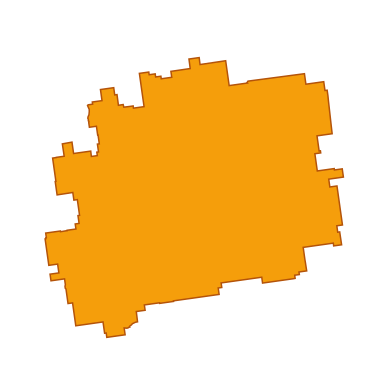 Upper Gascoyne, Western Australia, Australia, rotated 352°
{"feature_id": "25037944B28786779473224", "entity_name": "Upper Gascoyne", "entity_type": "district", "adm_level": 2, "iso_a3": "AUS", "parent_name": "Australia", "parent_adm1": "Western Australia", "projection": "mercator", "projection_center": [116.107, -24.719], "detail": "fine", "context": "isolated", "style": "filled", "palette": "amber", "viewbox_px": 384, "rotation_deg": 352, "n_neighbors": 0, "source": "geoboundaries", "source_scale": "gbopen_adm2", "svg_char_len": 3898}
<svg xmlns="http://www.w3.org/2000/svg" viewBox="0 0 384 384"><g transform="rotate(352 192 192)"><path d="M119.2,77.8L115.6,77.8L115.6,89.0L109.1,89.0L105.8,89.0L105.8,91.2L103.9,91.2L101.4,91.2L100.6,91.7L100.7,92.3L100.9,92.9L101.3,94.5L101.5,95.1L101.7,95.9L101.7,96.4L101.5,97.3L101.5,97.6L101.5,97.8L101.4,98.2L101.4,98.3L101.3,98.8L101.2,99.1L101.1,99.4L101.1,99.6L100.8,100.8L100.5,101.6L100.3,101.8L100.0,102.3L99.8,102.7L99.4,103.3L99.4,103.6L99.3,103.8L99.1,104.5L99.2,104.9L99.4,105.3L99.4,105.7L99.4,105.8L99.4,106.0L99.3,106.4L99.3,107.0L99.3,107.3L99.7,107.6L99.6,108.3L99.4,108.9L99.4,113.6L106.5,113.6L106.5,114.4L106.5,122.5L106.9,122.5L106.9,131.4L105.0,131.4L105.0,139.3L103.3,139.3L103.3,142.8L102.3,142.8L98.9,142.8L97.3,142.8L97.4,137.4L80.1,137.4L80.1,125.9L70.3,126.3L70.4,138.8L62.5,138.8L62.5,139.0L58.7,139.0L58.7,162.6L58.0,162.6L58.0,176.1L73.6,175.9L73.9,175.9L73.9,183.6L77.4,183.6L77.4,199.5L75.8,199.5L75.8,207.4L71.9,207.4L71.9,212.5L63.0,212.5L63.0,212.9L60.9,212.9L58.5,213.0L56.2,213.0L56.2,212.3L54.8,212.3L53.3,212.3L46.3,212.3L41.4,212.3L41.4,216.7L41.1,216.7L41.0,216.8L41.0,217.0L40.9,217.0L40.9,217.4L40.8,217.8L40.3,217.8L40.3,218.3L40.0,218.3L40.0,218.5L40.0,221.9L40.0,222.3L40.0,227.5L40.0,233.4L40.0,239.7L40.0,244.7L48.9,244.7L48.9,251.3L48.9,253.6L40.0,253.6L40.0,260.3L50.5,260.3L53.7,260.3L53.7,266.2L53.1,267.7L53.1,269.7L53.7,270.5L53.7,278.7L53.7,283.8L53.7,284.0L53.7,285.2L58.3,285.2L58.3,308.3L85.8,308.3L85.8,319.7L87.4,319.7L87.4,324.1L105.9,324.1L105.9,317.2L108.6,317.8L109.3,317.7L109.5,317.7L109.9,317.6L110.4,317.4L110.6,317.3L110.8,317.2L111.3,317.1L111.2,317.0L111.3,316.8L111.4,316.5L111.6,316.3L111.9,316.0L112.6,315.7L113.0,315.5L113.4,315.1L113.9,314.9L114.5,314.2L115.2,313.9L115.9,313.8L116.5,313.5L117.1,313.4L117.7,313.1L118.4,313.1L120.0,313.0L120.2,302.6L129.1,302.6L129.1,297.2L134.8,297.2L139.5,297.2L144.4,297.2L144.4,297.8L153.5,297.8L155.4,297.8L157.0,297.8L157.5,297.8L158.5,297.8L158.5,297.2L161.1,297.2L163.4,297.2L165.4,297.2L167.3,297.2L169.8,297.2L171.7,297.2L175.2,297.2L182.5,297.2L190.4,297.2L197.2,297.2L199.7,297.2L204.6,297.2L204.6,290.7L208.2,290.7L208.2,286.1L219.9,286.1L222.3,286.1L223.7,286.1L225.6,286.1L227.9,286.1L237.6,286.1L249.2,286.1L249.2,292.0L258.1,292.0L271.0,292.0L276.6,292.0L277.8,292.0L279.7,292.0L282.1,291.9L282.1,288.7L283.5,288.7L284.5,288.7L285.9,288.7L286.8,288.7L286.8,286.1L288.8,286.1L290.7,286.1L292.7,286.1L294.6,286.1L294.5,280.0L294.5,278.2L294.4,275.0L294.4,262.3L294.9,262.3L296.4,262.3L296.9,262.3L297.4,262.3L298.4,262.3L298.8,262.3L299.3,262.3L300.3,262.3L302.8,262.3L303.3,262.3L303.7,262.3L305.2,262.3L305.7,262.3L307.2,262.3L308.2,262.3L309.1,262.3L312.1,262.3L314.5,262.3L315.5,262.3L317.5,262.3L318.4,262.3L319.9,262.3L321.9,262.3L322.9,262.3L324.8,262.3L324.8,265.1L332.8,265.1L332.7,252.1L331.1,252.1L330.7,252.1L330.7,245.6L336.4,245.6L336.4,245.1L336.4,235.9L336.4,235.4L336.4,228.7L336.4,206.2L329.2,206.2L329.2,198.3L344.0,198.3L344.0,190.0L336.1,190.0L336.1,188.6L319.0,188.6L319.0,181.8L319.0,171.2L324.9,171.2L324.9,169.1L323.6,169.1L323.6,167.1L323.6,153.8L338.9,153.8L339.1,145.5L339.8,120.7L340.0,115.8L340.0,112.4L340.0,110.0L337.8,110.0L337.8,101.1L336.2,101.1L328.5,101.1L323.6,101.1L319.8,101.1L319.8,90.5L262.9,90.0L262.7,90.1L262.5,90.5L262.2,90.8L261.7,91.2L261.8,91.3L262.1,91.8L260.3,91.8L258.1,91.8L257.7,91.8L253.8,91.8L251.8,91.8L249.4,91.8L243.6,91.8L243.6,66.7L217.7,66.9L217.8,59.9L216.8,59.9L211.5,59.9L208.1,59.9L207.5,59.9L207.4,69.5L187.9,69.6L187.9,70.8L187.9,75.6L181.6,75.6L177.3,75.6L177.3,73.0L175.4,73.0L172.0,73.0L172.0,69.9L165.9,69.9L165.9,67.2L160.7,67.2L156.4,67.2L156.4,75.9L156.4,81.2L156.4,100.8L151.5,100.8L145.7,100.8L145.7,98.6L141.8,98.6L136.3,98.5L136.0,95.8L131.2,95.9L131.3,85.1L129.0,85.1L129.0,80.1L129.0,77.8L126.6,77.8L122.9,77.8L119.2,77.8Z" fill="#f59e0b" stroke="#b45309" stroke-width="1.5"/></g></svg>